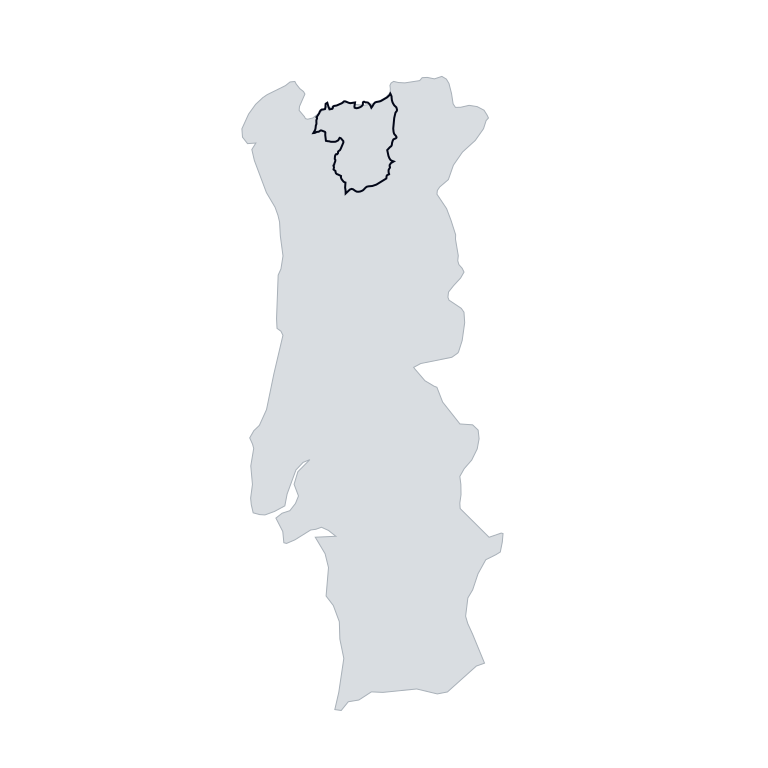 where Vila Real sits in Portugal, rotated 349°
{"feature_id": "PRT-756", "entity_name": "Vila Real", "entity_type": "District", "adm_level": 1, "iso_a3": "PRT", "parent_name": "Portugal", "parent_adm1": "", "projection": "orthographic", "projection_center": [-7.677, 41.533], "detail": "fine", "context": "in_parent", "style": "outline", "palette": "ink", "viewbox_px": 768, "rotation_deg": 349, "n_neighbors": 0, "source": "natural_earth", "source_scale": "10m", "svg_char_len": 4840}
<svg xmlns="http://www.w3.org/2000/svg" viewBox="0 0 768 768"><g transform="rotate(349 384 384)"><path d="M302.6,93.2L311.3,85.0L319.8,79.7L324.5,77.7L344.2,72.3L349.4,69.6L354.2,70.0L355.0,72.7L357.7,78.0L360.8,81.6L361.7,84.3L354.0,95.4L352.9,99.2L356.9,106.4L357.5,108.5L359.5,109.5L364.8,109.3L374.2,104.7L380.7,100.8L382.9,102.4L401.5,100.3L405.9,102.0L408.8,104.0L417.9,106.7L427.9,106.9L440.2,103.1L445.6,99.3L446.6,95.1L446.8,92.0L448.4,89.9L451.2,88.8L455.6,90.8L461.9,92.4L476.9,93.0L479.9,90.6L485.0,91.3L491.7,94.1L499.5,93.1L503.4,96.6L505.1,101.4L505.7,111.7L505.3,122.2L506.9,126.1L512.1,127.0L520.7,126.7L528.4,129.5L534.4,134.3L536.4,139.4L537.3,142.8L534.5,144.9L530.4,152.4L520.1,162.3L505.3,171.3L493.9,182.4L486.2,195.6L476.3,201.2L473.3,204.2L472.2,207.8L478.9,223.8L481.0,236.1L482.8,251.2L481.8,255.5L481.4,272.2L479.9,277.1L480.3,281.1L482.8,285.3L483.9,289.4L479.4,294.6L471.1,300.7L464.9,306.0L463.3,311.0L463.8,314.1L474.3,324.5L476.2,328.8L474.9,339.2L469.0,356.3L463.3,366.7L462.3,367.7L455.7,370.7L424.0,370.9L416.3,373.3L417.3,375.4L424.8,388.6L432.7,395.7L435.3,397.3L438.1,412.9L450.9,437.7L463.2,441.0L467.6,447.2L466.9,455.9L463.1,465.5L455.6,475.4L446.6,482.4L440.8,489.2L440.3,497.2L438.5,507.3L435.7,515.4L435.0,520.8L457.9,554.5L470.6,552.7L472.3,553.5L470.0,561.6L466.1,571.1L461.3,572.9L450.4,575.9L440.1,588.2L431.8,602.9L425.5,610.0L419.8,627.5L420.5,635.1L423.3,646.8L429.4,677.2L420.8,678.5L387.5,698.4L377.2,698.4L357.9,689.6L324.0,686.5L312.9,683.8L299.0,689.4L288.3,689.1L279.7,696.3L273.6,694.2L280.8,678.0L292.2,645.7L292.0,626.0L294.8,608.8L292.0,591.8L286.7,581.1L294.5,553.6L293.8,539.4L287.3,521.3L307.7,524.3L301.5,517.1L295.3,512.7L289.3,513.6L284.2,513.3L266.7,520.0L257.9,521.9L255.4,520.7L256.5,509.5L252.3,495.0L259.3,491.4L267.4,490.4L274.3,484.4L278.7,477.6L276.6,465.3L282.7,453.7L296.8,444.1L289.6,445.5L281.2,451.5L267.9,473.5L263.4,484.7L252.2,488.2L242.2,489.8L237.1,488.5L231.0,485.5L230.7,477.2L231.3,470.6L235.7,457.5L237.6,439.0L243.8,422.4L243.5,418.0L241.9,411.3L247.3,405.0L253.8,400.8L263.8,386.7L277.9,352.9L294.1,316.9L292.9,312.5L289.6,309.0L291.0,299.3L300.9,256.9L304.8,251.4L309.3,239.0L310.5,218.9L312.4,205.1L312.1,198.1L310.8,189.7L305.1,173.7L299.4,139.9L299.0,128.6L304.2,123.0L295.9,122.0L292.2,114.7L293.2,106.4L302.6,93.2Z" fill="#d9dde1" stroke="#a8b0b8" stroke-width="1"/><path d="M368.8,109.1L369.0,109.0L372.0,105.9L372.9,104.4L374.0,103.3L375.3,102.7L376.8,102.9L378.5,102.9L379.3,101.3L379.8,99.2L380.2,97.8L382.0,97.1L382.3,100.4L382.9,104.0L385.8,104.0L386.4,103.3L386.7,102.5L387.1,101.8L388.1,101.5L390.6,101.6L396.2,100.3L398.8,98.9L400.2,99.3L402.8,101.1L404.4,101.9L409.3,102.1L407.9,106.0L407.9,107.2L409.4,108.0L411.0,108.1L413.0,107.8L414.8,107.2L416.2,106.2L416.7,105.3L416.8,104.5L417.0,103.7L417.6,103.1L418.3,103.1L419.7,104.1L420.6,104.2L421.9,104.7L423.1,106.3L423.9,108.4L424.3,110.4L425.5,109.3L427.7,106.8L429.0,105.9L430.3,105.7L433.7,105.8L435.3,105.5L441.8,103.2L444.8,101.3L445.6,100.1L445.8,100.7L446.3,103.1L446.1,104.4L445.9,106.8L446.1,109.0L446.4,110.2L447.2,112.4L448.9,114.8L449.0,115.7L449.1,117.4L448.8,118.1L448.3,118.8L447.8,119.1L447.0,119.9L444.8,124.8L441.8,135.0L441.5,138.3L441.6,139.9L441.9,140.9L442.4,141.7L442.9,142.5L443.2,143.3L443.4,144.1L443.1,144.7L442.4,145.1L441.6,145.3L440.8,145.4L439.9,145.7L439.0,146.8L437.9,148.9L437.3,150.8L436.5,151.9L435.7,152.3L434.9,152.7L431.8,155.0L431.9,161.0L432.4,163.5L433.1,165.2L433.9,166.1L436.0,167.4L432.9,168.5L431.3,170.2L431.1,171.5L431.3,172.2L431.1,172.8L430.1,173.8L429.3,174.9L429.0,176.5L428.9,177.5L429.0,178.3L429.1,179.0L428.8,179.2L427.5,179.4L426.6,179.8L426.2,180.5L426.0,181.1L425.5,182.7L414.6,186.8L410.3,187.4L406.4,187.0L406.2,187.0L404.6,187.1L403.3,187.8L400.6,189.7L399.1,190.2L397.3,190.5L395.5,190.4L394.0,190.0L392.8,189.1L390.7,186.9L389.4,186.3L387.6,186.6L382.7,189.7L383.2,186.8L383.3,183.8L384.6,178.9L384.2,178.7L383.0,177.8L381.5,175.0L381.1,173.2L381.5,171.6L379.0,169.7L377.7,168.9L377.0,167.9L376.9,166.8L377.0,165.7L375.4,163.8L376.3,161.6L376.2,161.0L376.0,160.1L376.2,159.7L376.5,159.6L376.9,159.3L377.2,158.4L378.6,156.1L378.9,155.3L379.0,154.6L378.6,153.7L379.4,150.9L380.3,149.6L380.7,149.3L381.2,149.3L381.9,149.5L382.9,148.6L383.3,147.1L383.7,146.8L385.4,146.0L386.5,144.7L390.2,139.2L390.4,137.8L388.8,135.0L388.4,134.4L387.4,133.9L385.5,136.1L382.8,136.9L381.7,136.8L378.1,136.1L377.2,135.7L376.3,135.2L375.3,135.0L373.4,134.2L373.8,128.7L374.0,127.6L374.4,126.0L374.2,125.3L373.7,124.9L371.3,123.4L370.7,123.1L370.1,123.0L368.4,123.8L367.7,123.9L366.9,123.8L366.2,123.7L365.5,123.8L365.0,124.1L363.8,124.3L362.5,124.2L364.6,121.8L365.1,121.0L365.6,119.9L366.4,117.3L367.3,115.8L367.9,112.3L368.4,111.4L368.9,110.7L369.0,110.0L369.0,109.3L368.8,109.1Z" fill="none" stroke="#020617" stroke-width="2"/></g></svg>